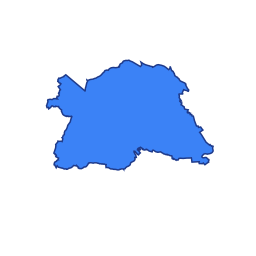 Dumbravita, Maramures, Romania, rotated 216°
{"feature_id": "2599482B34129756727507", "entity_name": "Dumbravita", "entity_type": "district", "adm_level": 2, "iso_a3": "ROU", "parent_name": "Romania", "parent_adm1": "Maramures", "projection": "natural_earth1", "projection_center": [23.656, 47.6], "detail": "fine", "context": "isolated", "style": "filled", "palette": "blue", "viewbox_px": 256, "rotation_deg": 216, "n_neighbors": 0, "source": "geoboundaries", "source_scale": "gbopen_adm2", "svg_char_len": 5809}
<svg xmlns="http://www.w3.org/2000/svg" viewBox="0 0 256 256"><g transform="rotate(216 128 128)"><path d="M189.4,142.7L189.2,142.5L188.3,142.5L188.1,142.1L188.0,140.7L187.6,139.6L186.2,136.3L185.9,135.2L184.6,133.1L184.6,132.7L209.6,134.5L210.2,132.6L210.1,132.0L210.4,131.9L210.5,131.3L211.8,129.2L212.0,128.5L212.7,128.1L212.8,127.7L213.3,127.5L213.1,127.1L213.2,126.2L212.9,125.7L212.6,125.5L212.4,124.6L212.2,124.4L211.6,124.5L210.0,124.0L209.4,124.4L208.3,124.4L208.2,123.9L208.3,122.2L208.6,121.5L208.7,121.4L208.9,120.5L205.1,119.2L205.4,118.3L204.9,117.0L204.3,116.2L204.7,115.9L204.7,115.5L204.5,115.1L203.5,114.7L202.9,114.1L202.8,113.3L203.0,112.5L203.2,112.3L203.5,112.4L204.0,111.9L203.4,111.0L203.4,110.8L203.5,110.6L203.1,110.1L202.2,110.0L202.6,109.7L203.7,109.4L204.3,108.7L205.2,108.4L206.1,106.4L207.8,105.5L208.3,105.1L208.6,104.6L209.4,103.9L209.0,102.8L208.2,102.2L207.7,100.3L207.2,99.1L207.2,98.4L206.5,97.9L206.4,97.5L205.4,96.9L204.5,97.9L203.4,96.9L202.8,98.7L202.5,101.3L201.7,101.6L200.5,101.5L199.7,102.4L199.3,102.5L199.3,103.2L197.9,103.7L196.8,104.6L196.0,104.0L194.9,103.7L193.2,103.5L192.4,103.6L191.8,102.5L188.9,100.8L187.8,100.6L185.5,100.9L185.2,101.3L184.4,101.3L184.2,101.6L184.5,101.7L184.4,101.9L183.5,102.3L183.2,102.2L182.9,102.6L182.6,102.5L182.4,102.8L181.3,103.4L180.9,104.2L180.3,104.3L180.1,104.2L179.5,101.9L178.3,98.9L178.3,94.8L177.5,92.7L177.0,90.4L177.3,88.5L177.2,88.1L176.8,86.9L175.7,85.3L175.8,84.6L176.1,84.1L175.5,82.3L175.5,81.8L175.7,81.4L174.4,81.0L173.3,78.3L174.3,78.0L174.4,77.8L175.0,77.5L175.9,76.7L177.0,76.2L176.6,75.4L176.8,72.1L176.1,71.5L174.8,69.2L173.2,64.1L171.8,64.2L171.8,63.9L170.9,64.0L170.8,63.6L169.9,63.7L169.6,62.4L166.5,62.8L166.5,62.5L166.1,61.5L165.9,61.4L166.1,61.3L166.0,61.0L166.5,59.9L166.3,59.5L166.3,59.1L166.5,59.0L166.7,58.2L167.1,57.6L167.2,57.1L166.6,55.4L166.4,55.1L166.0,55.1L165.9,54.8L165.3,55.0L164.7,54.6L162.8,53.7L163.1,55.0L163.1,55.8L161.5,55.3L157.9,56.7L157.2,57.1L155.5,57.3L155.0,57.9L154.0,58.6L153.6,58.4L152.7,59.2L152.3,60.5L150.9,62.1L150.6,62.7L150.1,64.2L150.0,65.7L147.9,66.8L147.7,67.0L147.8,67.5L147.2,67.5L146.5,67.0L145.1,67.2L144.8,67.0L144.8,66.5L143.7,66.5L141.8,67.7L141.0,69.2L140.5,70.8L139.8,71.2L139.1,72.3L139.0,74.6L139.3,76.3L138.9,76.4L138.8,77.1L138.3,77.6L136.9,78.5L135.5,79.1L134.7,80.1L133.1,81.3L131.9,81.7L130.8,82.2L129.7,82.4L128.9,83.2L127.8,83.5L127.7,83.9L126.6,84.3L126.5,84.6L126.1,84.9L124.8,85.1L124.2,85.5L123.9,84.7L122.5,83.1L121.9,83.7L121.1,84.0L120.7,84.4L118.0,84.7L116.3,85.8L115.7,85.9L113.4,87.4L112.2,87.8L111.4,88.3L110.8,88.8L110.5,89.2L110.5,89.5L109.8,90.2L109.4,90.9L107.8,92.1L107.4,92.0L107.5,92.1L107.0,92.6L106.4,93.5L106.6,94.2L106.0,96.3L105.5,96.9L104.7,98.8L104.7,99.6L105.3,101.2L105.3,101.9L103.8,104.8L103.7,105.6L103.8,106.4L104.1,107.1L105.2,108.1L104.0,109.1L106.1,110.8L107.0,111.0L109.0,112.1L109.3,112.4L109.4,112.8L108.8,112.7L108.5,113.2L104.9,112.3L103.7,112.4L103.7,113.8L103.4,115.1L105.6,115.7L105.8,116.2L107.5,115.8L107.9,116.6L107.8,117.5L106.7,117.2L105.4,117.3L105.4,118.2L106.3,118.1L107.3,118.3L106.6,119.8L103.7,119.9L103.7,119.5L103.4,119.6L103.3,119.3L101.9,119.7L101.8,120.1L100.6,120.9L100.8,121.5L100.2,121.8L97.4,121.8L94.6,122.8L94.4,123.0L94.9,123.7L95.0,124.4L94.4,125.0L91.6,125.1L89.6,125.9L87.5,128.0L86.8,127.8L85.1,128.1L84.0,128.0L83.6,128.3L81.5,128.8L81.1,129.2L80.6,129.3L80.8,129.7L77.5,130.4L76.7,131.0L76.1,131.2L75.2,130.3L74.3,129.2L73.0,129.4L73.2,130.1L70.1,130.2L70.1,130.7L69.9,130.9L68.7,131.4L68.9,133.3L68.3,133.8L68.1,134.2L65.5,135.8L62.8,138.2L60.4,140.0L59.2,141.1L56.2,138.0L50.6,142.6L50.3,141.8L49.4,141.1L46.6,143.1L46.5,143.9L44.2,143.5L43.5,145.8L42.7,147.9L43.5,148.4L43.5,149.3L43.8,149.8L44.1,150.0L45.6,149.8L47.1,150.2L48.2,149.6L49.2,148.4L49.8,148.0L50.9,147.9L51.5,148.4L51.6,149.0L51.4,151.2L50.6,152.5L48.3,153.6L48.0,154.0L46.6,155.5L45.7,157.0L45.5,157.9L45.6,159.3L46.1,160.0L47.4,161.1L48.0,162.0L48.4,163.2L49.7,162.8L49.8,162.4L51.9,162.8L52.0,162.1L56.5,162.4L65.0,165.9L67.5,166.6L66.2,170.4L67.5,170.7L69.8,171.5L71.2,170.0L71.3,169.9L72.2,170.8L73.8,169.9L78.4,172.9L82.1,176.0L83.4,175.4L84.3,176.3L85.6,175.5L86.1,176.6L87.3,176.0L87.5,176.5L88.2,176.4L88.1,176.1L88.3,176.1L88.6,175.4L88.8,175.3L89.2,175.5L89.5,175.9L89.7,176.8L90.0,178.1L92.3,177.0L93.4,176.7L95.2,178.2L95.7,178.0L97.7,178.2L98.7,178.0L98.9,179.2L99.2,179.9L99.8,179.7L100.9,180.0L100.9,180.4L101.1,180.4L101.6,180.0L101.9,180.1L102.0,180.2L100.8,181.2L101.6,181.6L102.8,181.7L103.1,182.1L104.4,182.6L104.7,183.0L105.0,183.8L105.8,184.6L106.3,184.8L106.6,185.6L103.8,187.6L103.8,187.8L104.5,187.8L104.7,188.2L105.1,189.7L105.5,191.8L105.0,192.0L104.1,192.0L102.5,192.9L101.7,192.8L100.8,193.2L100.9,193.8L101.3,194.5L102.4,194.7L103.7,195.2L106.8,196.8L106.9,197.5L107.5,197.5L108.4,197.8L113.3,196.8L114.8,197.2L115.5,197.7L117.2,197.8L117.8,198.1L118.8,197.8L120.1,197.9L120.8,197.8L122.7,199.4L123.4,199.5L124.8,200.3L125.3,200.1L125.8,200.3L126.4,200.1L129.6,202.3L129.8,202.2L129.4,201.3L129.2,200.5L129.2,199.9L129.4,199.1L133.0,199.3L135.2,199.2L137.8,198.4L140.8,197.0L142.0,195.6L142.9,193.2L143.5,192.0L143.8,191.6L144.3,192.0L146.8,190.9L147.6,190.8L148.3,190.4L151.3,189.4L153.5,189.0L156.2,188.9L154.8,187.9L154.6,187.5L153.9,186.9L154.1,185.0L163.4,184.1L165.9,183.4L166.2,183.5L167.1,183.4L168.3,182.1L169.4,181.5L171.0,179.5L171.1,178.7L170.8,177.7L171.9,175.2L171.7,173.8L171.3,173.5L171.4,173.3L171.6,172.6L171.0,172.4L171.0,172.0L173.3,169.6L175.5,168.3L177.0,166.8L177.9,164.9L177.9,163.1L178.0,163.0L178.3,162.9L178.8,162.7L179.3,162.3L180.4,160.9L180.3,158.8L180.7,157.6L180.8,155.4L181.4,153.2L182.4,151.6L183.3,149.4L184.3,148.3L184.9,147.1L187.1,145.0L188.3,143.1L188.8,142.7L189.4,142.7Z" fill="#3b82f6" stroke="#1e3a8a" stroke-width="1.5"/></g></svg>